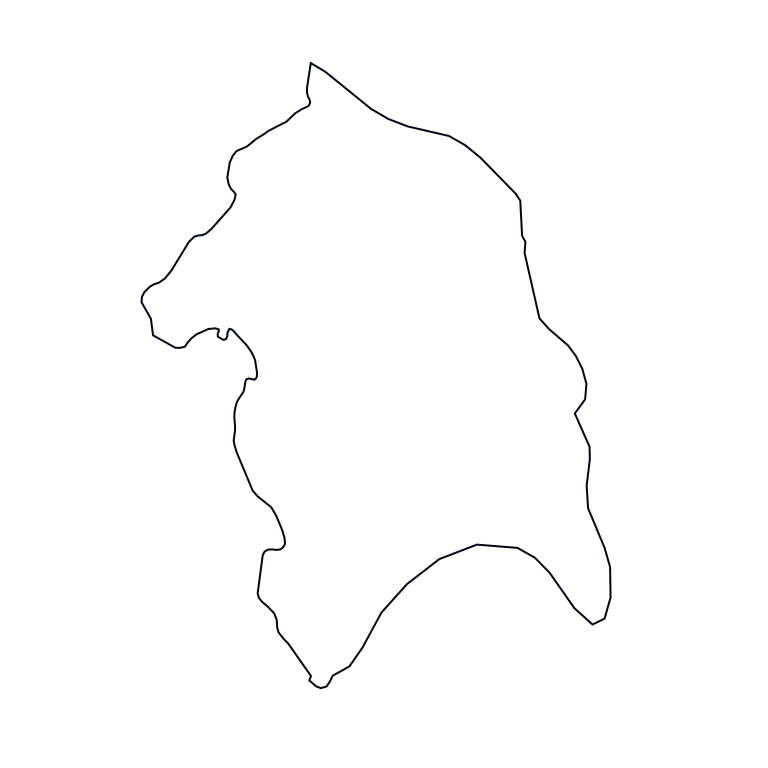 an SVG outline of Paphos, rotated 187°
{"feature_id": "CYP-3465", "entity_name": "Paphos", "entity_type": "District", "adm_level": 1, "iso_a3": "CYP", "parent_name": "Cyprus", "parent_adm1": "", "projection": "albers", "projection_center": [32.601, 34.919], "detail": "fine", "context": "isolated", "style": "outline", "palette": "ink", "viewbox_px": 768, "rotation_deg": 187, "n_neighbors": 0, "source": "natural_earth", "source_scale": "10m", "svg_char_len": 2006}
<svg xmlns="http://www.w3.org/2000/svg" viewBox="0 0 768 768"><g transform="rotate(187 384 384)"><path d="M495.8,693.6L480.6,686.9L430.2,655.4L412.1,647.6L391.6,642.5L349.8,638.1L332.5,630.9L316.0,620.5L276.8,589.2L271.1,582.6L265.0,547.9L261.0,542.4L260.4,531.1L237.7,468.1L226.7,458.5L205.9,444.6L197.0,435.2L189.0,423.2L183.1,408.8L182.5,393.3L191.0,378.0L172.3,346.7L170.5,334.1L170.5,308.0L166.3,285.5L145.1,248.3L137.3,229.9L133.1,199.8L136.5,178.0L147.7,170.7L167.6,184.6L196.7,216.9L213.0,229.9L231.5,237.6L272.2,235.9L307.7,217.0L336.8,188.2L358.7,156.8L373.3,119.6L383.9,99.5L399.4,88.2L401.3,82.5L404.1,76.8L409.7,74.4L414.6,75.7L422.0,80.7L420.9,85.3L447.5,114.8L452.3,118.6L458.3,124.5L460.2,128.9L461.8,137.0L465.1,143.0L472.8,149.3L478.0,152.6L482.0,156.3L483.9,160.8L483.5,199.1L482.1,203.1L479.2,205.4L475.0,206.2L470.7,206.2L466.6,207.2L464.2,209.7L462.7,213.2L464.0,219.1L467.2,226.5L475.1,240.4L480.9,247.9L495.9,257.2L501.3,262.1L521.7,297.9L524.6,304.3L526.3,309.5L526.2,320.3L526.8,324.6L528.6,333.2L528.9,338.0L528.6,343.0L527.9,348.0L526.2,352.0L522.7,358.7L522.1,361.8L521.9,368.8L521.2,371.9L519.0,373.0L513.1,372.5L511.6,374.3L511.1,376.0L511.4,379.8L514.8,391.8L517.1,396.1L520.1,400.3L525.3,406.0L536.1,414.9L538.9,417.6L541.6,419.5L544.1,419.9L545.6,416.1L545.4,412.6L546.0,409.6L548.7,408.2L554.6,410.7L555.2,413.1L554.6,415.7L554.5,418.0L558.3,418.7L565.0,417.2L576.1,410.5L581.1,405.4L584.4,400.4L586.2,396.7L591.1,395.0L595.4,394.5L619.2,404.2L623.3,420.3L634.6,435.6L634.9,441.0L633.1,445.8L628.4,451.9L624.3,455.0L619.9,457.0L614.4,461.9L608.9,470.6L594.9,501.4L590.2,507.2L586.6,508.7L582.3,509.7L578.9,511.7L574.2,516.9L557.9,540.5L554.9,548.5L554.3,554.0L556.4,556.5L559.5,558.8L562.5,563.3L564.7,570.0L564.1,584.9L561.9,592.2L558.9,597.1L548.8,603.2L540.7,611.7L533.9,617.1L529.6,621.1L512.7,632.6L505.3,641.7L499.5,646.5L492.8,650.8L491.6,653.7L492.3,656.8L494.5,660.0L495.9,663.8L496.5,668.4L495.8,693.6Z" fill="none" stroke="#020617" stroke-width="2"/></g></svg>